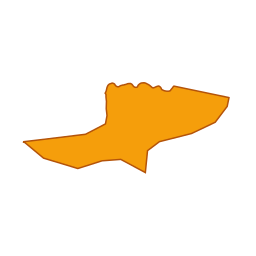 the district of Patience, Praslin, Saint Lucia, rotated 348°
{"feature_id": "8701671B25474950387418", "entity_name": "Patience", "entity_type": "district", "adm_level": 2, "iso_a3": "LCA", "parent_name": "Saint Lucia", "parent_adm1": "Praslin", "projection": "robinson", "projection_center": [-60.908, 13.85], "detail": "fine", "context": "isolated", "style": "filled", "palette": "amber", "viewbox_px": 256, "rotation_deg": 348, "n_neighbors": 0, "source": "geoboundaries", "source_scale": "gbopen_adm2", "svg_char_len": 4316}
<svg xmlns="http://www.w3.org/2000/svg" viewBox="0 0 256 256"><g transform="rotate(348 128 128)"><path d="M112.9,89.2L113.1,89.7L113.3,90.1L113.4,90.8L112.9,93.1L112.6,95.9L112.5,97.3L110.7,104.7L110.2,110.0L110.0,111.6L106.8,119.3L85.2,125.3L35.8,120.9L23.1,119.7L22.9,120.2L23.9,120.6L39.1,139.9L70.5,157.2L95.8,154.7L114.4,157.2L135.7,175.2L142.4,154.2L155.9,147.9L189.0,146.6L214.5,140.5L229.5,127.5L233.1,119.3L233.0,119.2L181.7,96.6L181.3,96.7L181.2,96.8L181.0,97.0L180.8,97.1L180.7,97.2L180.5,97.3L180.4,97.4L180.2,97.6L180.0,97.8L179.8,98.0L179.7,98.1L179.4,98.4L179.2,98.5L178.9,98.7L178.8,98.8L178.6,98.9L178.5,99.0L178.3,99.2L178.2,99.3L177.9,99.5L177.7,99.7L177.6,99.8L177.5,100.0L177.3,100.1L177.2,100.2L177.0,100.3L176.8,100.3L176.7,100.4L176.3,100.4L176.1,100.5L175.9,100.5L175.7,100.4L175.2,100.4L174.9,100.4L174.7,100.3L174.3,100.2L174.1,100.2L173.9,100.1L173.7,100.1L173.4,100.0L173.2,99.9L172.9,99.8L172.7,99.7L172.4,99.6L172.2,99.5L171.9,99.4L171.7,99.3L171.5,99.2L171.4,99.1L171.2,99.0L170.9,98.9L170.6,98.6L170.3,98.4L170.2,98.3L170.0,98.2L169.9,98.1L169.7,98.0L169.6,97.9L169.4,97.8L169.3,97.6L169.1,97.5L169.0,97.3L169.0,97.2L168.9,97.0L168.8,96.8L168.8,96.6L168.8,96.4L168.7,96.2L168.6,95.8L168.6,95.6L168.5,95.4L168.4,95.2L168.2,94.8L168.1,94.6L167.8,94.3L167.7,94.2L167.4,93.9L167.2,93.6L166.9,93.4L166.7,93.3L166.4,93.3L166.2,93.3L165.7,93.3L165.3,93.3L165.2,93.3L164.8,93.4L164.6,93.4L164.5,93.5L164.3,93.5L164.1,93.5L163.9,93.5L163.7,93.6L163.4,93.6L163.2,93.7L162.8,93.8L162.6,93.8L162.3,93.9L162.2,93.9L161.7,93.9L161.4,94.0L161.1,94.0L160.9,94.0L160.8,93.9L160.6,93.8L160.4,93.7L160.1,93.5L160.0,93.3L159.8,93.2L159.7,93.0L159.6,92.9L159.5,92.7L159.4,92.6L159.3,92.4L159.1,92.2L158.9,91.9L158.7,91.7L158.5,91.4L158.4,91.2L158.2,91.1L158.1,90.9L157.8,90.6L157.7,90.4L157.4,90.1L157.2,90.0L157.1,89.9L156.9,89.7L156.7,89.6L156.6,89.4L156.4,89.3L156.2,89.1L155.9,88.9L155.7,88.7L155.4,88.4L155.2,88.3L155.1,88.2L154.9,88.1L154.7,87.9L154.4,87.7L154.2,87.6L153.9,87.4L153.7,87.4L153.4,87.2L153.2,87.2L152.8,87.1L152.7,87.0L152.3,87.0L152.1,87.0L151.9,86.9L151.6,86.9L151.4,86.9L151.2,86.9L150.9,86.8L150.7,86.8L150.3,86.8L150.1,86.8L149.8,86.9L149.6,86.9L149.4,87.0L149.2,87.0L148.9,87.1L148.7,87.3L148.3,87.4L148.1,87.5L147.9,87.6L147.6,87.8L147.4,87.9L147.3,88.0L147.1,88.1L146.9,88.2L146.8,88.4L146.7,88.5L146.4,88.8L146.3,89.0L146.1,89.3L145.9,89.6L145.6,89.8L145.3,89.9L145.1,89.9L144.9,89.9L144.7,89.9L144.4,89.9L144.2,89.9L143.9,89.8L143.7,89.7L143.4,89.6L143.2,89.5L142.9,89.4L142.7,89.1L142.4,88.8L142.3,88.7L142.2,88.5L142.1,88.4L142.0,88.2L141.9,88.1L141.8,87.9L141.7,87.7L141.6,87.4L141.5,87.2L141.4,87.0L141.3,86.9L141.2,86.7L141.1,86.3L140.9,86.2L140.7,85.9L140.6,85.7L140.4,85.6L140.1,85.3L140.0,85.2L139.8,85.1L139.7,85.0L139.3,84.9L139.2,84.9L138.8,84.8L138.7,84.8L138.3,84.8L138.1,84.8L137.9,84.7L137.6,84.6L137.4,84.6L137.1,84.6L136.9,84.6L136.7,84.6L136.4,84.7L136.2,84.7L135.8,84.8L135.6,84.8L135.4,84.8L135.1,84.9L134.9,84.9L134.7,84.9L134.3,84.9L134.1,84.9L133.9,84.9L133.7,84.9L133.4,84.9L133.2,85.0L132.8,85.0L132.7,85.0L132.2,85.0L131.9,84.9L131.7,84.9L131.3,84.9L131.2,84.9L131.0,85.0L130.8,85.0L130.6,85.0L130.3,85.0L130.1,85.0L129.9,85.0L129.7,85.0L129.4,85.1L129.2,85.1L128.8,85.3L128.6,85.3L128.3,85.4L128.1,85.5L127.9,85.6L127.6,85.7L127.4,85.7L127.2,85.7L126.9,85.6L126.7,85.6L126.4,85.5L126.2,85.4L125.9,85.3L125.8,85.1L125.6,85.0L125.5,84.9L125.4,84.8L125.2,84.6L124.9,84.3L124.8,84.2L124.7,84.0L124.6,83.9L124.6,83.7L124.4,83.3L124.3,83.2L124.2,82.8L124.1,82.6L124.1,82.4L123.9,82.1L123.7,82.0L123.6,81.8L123.5,81.7L123.4,81.6L123.2,81.5L123.1,81.4L122.9,81.3L122.8,81.2L122.6,81.1L122.4,81.0L122.3,80.9L122.1,80.9L121.8,80.8L121.6,80.8L121.3,80.8L121.1,80.9L120.9,80.9L120.7,80.9L120.4,81.0L120.2,81.0L119.9,81.0L119.7,81.0L119.3,81.1L119.2,81.1L118.8,81.2L118.7,81.3L118.4,81.4L118.2,81.5L117.9,81.7L117.8,81.8L117.6,81.9L117.4,82.0L117.1,82.3L117.0,82.5L116.9,82.6L116.7,82.8L116.5,83.1L116.4,83.3L116.2,83.5L116.0,83.9L115.9,84.0L115.7,84.4L115.6,84.6L115.5,84.8L115.4,85.0L115.3,85.3L115.2,85.5L115.0,85.9L114.9,86.1L114.8,86.3L114.7,86.5L114.6,86.8L114.5,87.0L114.4,87.2L114.3,87.3L114.2,87.5L114.0,87.8L113.9,88.0L113.6,88.3L113.5,88.5L113.4,88.6L113.2,88.8L113.0,89.1L112.9,89.2Z" fill="#f59e0b" stroke="#b45309" stroke-width="1.5"/></g></svg>